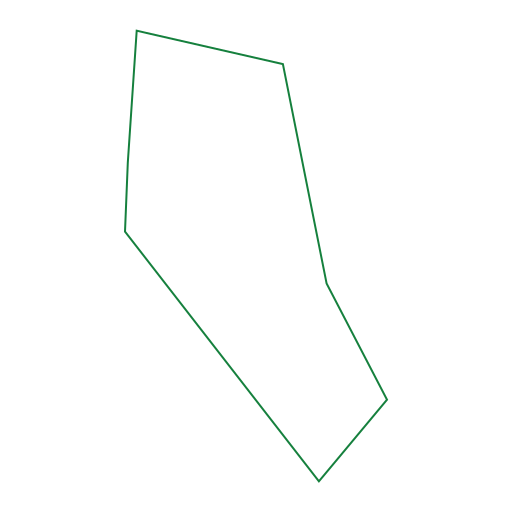 outline of New Minya, Al Minya, Egypt
{"feature_id": "37247803B40620949995251", "entity_name": "New Minya", "entity_type": "district", "adm_level": 2, "iso_a3": "EGY", "parent_name": "Egypt", "parent_adm1": "Al Minya", "projection": "albers", "projection_center": [30.791, 28.11], "detail": "fine", "context": "isolated", "style": "outline", "palette": "green", "viewbox_px": 512, "rotation_deg": 0, "n_neighbors": 0, "source": "geoboundaries", "source_scale": "gbopen_adm2", "svg_char_len": 244}
<svg xmlns="http://www.w3.org/2000/svg" viewBox="0 0 512 512"><path d="M324.6,474.5L387.0,399.7L326.6,283.5L282.9,64.1L146.6,33.0L136.7,30.7L127.8,162.6L125.0,231.6L318.9,481.3L324.6,474.5Z" fill="none" stroke="#15803d" stroke-width="2"/></svg>